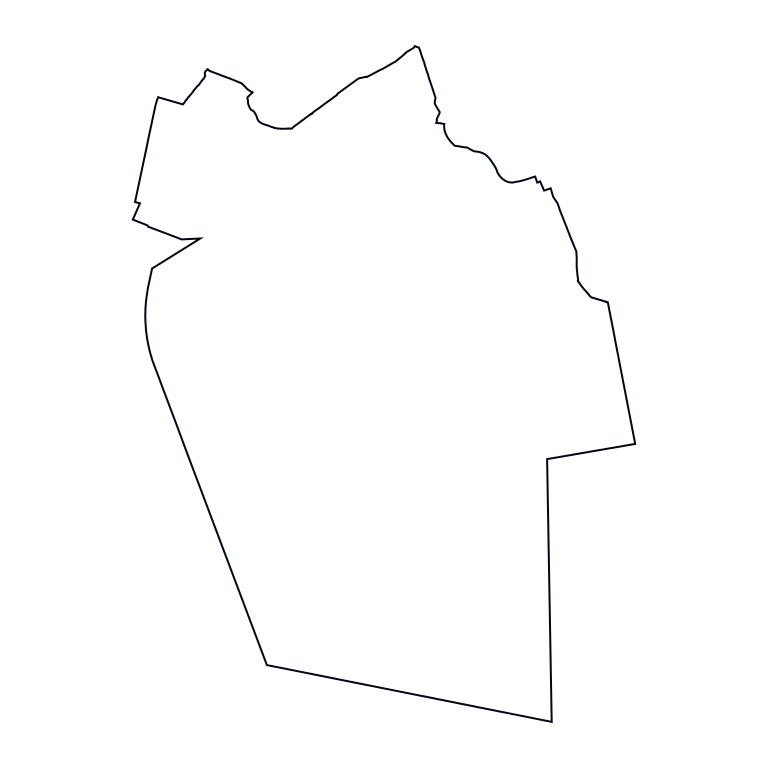 outline of Westvoorne, Zuid-Holland, Netherlands, rotated 270°
{"feature_id": "6326949B61212698350093", "entity_name": "Westvoorne", "entity_type": "district", "adm_level": 2, "iso_a3": "NLD", "parent_name": "Netherlands", "parent_adm1": "Zuid-Holland", "projection": "orthographic", "projection_center": [4.123, 51.889], "detail": "fine", "context": "isolated", "style": "outline", "palette": "ink", "viewbox_px": 768, "rotation_deg": 270, "n_neighbors": 0, "source": "geoboundaries", "source_scale": "gbopen_adm2", "svg_char_len": 5984}
<svg xmlns="http://www.w3.org/2000/svg" viewBox="0 0 768 768"><g transform="rotate(270 384 384)"><path d="M670.8,158.1L666.2,156.5L664.3,156.0L662.6,155.5L661.3,155.2L627.1,147.9L621.5,146.8L565.9,135.0L564.7,140.0L548.4,132.8L542.6,147.5L541.4,148.0L531.6,173.8L528.9,180.8L528.6,181.6L529.5,200.2L527.1,196.4L499.5,152.1L482.2,148.4L479.1,147.8L476.1,147.3L472.8,146.8L468.1,146.2L466.4,146.0L460.3,145.5L453.8,145.3L450.8,145.3L446.9,145.4L444.2,145.6L442.5,145.7L440.9,145.8L439.2,145.9L436.3,146.2L432.6,146.7L429.0,147.2L425.4,147.9L422.5,148.4L419.6,149.1L416.7,149.8L413.9,150.5L411.1,151.4L408.2,152.2L405.5,153.2L402.7,154.2L394.9,157.2L381.1,162.3L342.1,177.0L326.2,182.9L317.8,186.0L315.1,187.0L283.0,199.1L187.1,235.2L102.9,266.9L88.7,338.2L46.1,551.7L308.9,547.1L324.1,635.2L428.0,615.1L434.0,614.0L465.8,607.8L466.3,606.1L466.1,606.1L466.3,605.6L466.4,605.1L466.6,604.6L466.9,603.9L468.1,599.9L470.0,593.6L470.2,592.9L470.6,591.6L470.7,591.3L470.7,591.2L470.9,590.9L471.3,590.5L474.2,588.1L474.7,587.7L477.1,585.6L479.4,583.5L479.8,583.2L482.0,581.4L483.4,580.4L485.0,579.5L485.4,579.2L485.5,579.1L485.4,579.0L486.7,578.0L487.0,577.8L487.6,578.2L488.1,578.2L493.1,577.4L495.7,577.2L498.4,576.9L500.8,576.7L501.5,576.7L502.5,576.7L504.5,576.7L507.8,576.7L508.2,576.8L508.7,576.7L510.2,576.7L514.7,576.4L516.4,576.4L517.1,576.1L524.5,573.0L525.8,572.5L529.0,571.2L532.0,570.0L535.3,568.7L536.2,568.4L537.7,567.8L538.9,567.3L541.6,566.3L542.7,565.8L545.8,564.6L546.6,564.3L550.4,562.8L552.0,562.2L557.1,560.1L557.5,559.9L559.2,559.5L564.6,557.6L571.1,553.2L579.7,550.7L579.6,550.4L578.9,548.5L577.8,545.2L577.6,544.6L577.4,544.1L584.8,540.9L586.6,540.1L586.3,539.5L585.4,537.3L589.3,535.9L591.3,535.3L591.5,535.2L590.5,532.0L589.7,529.7L589.4,528.9L588.9,527.3L587.3,521.9L587.2,521.1L586.8,520.0L586.3,516.9L586.1,515.6L585.9,514.7L585.5,513.0L585.5,512.1L585.5,511.1L585.7,509.4L585.9,508.5L586.2,507.5L586.6,506.6L587.1,505.5L587.6,504.7L588.1,503.9L588.7,503.0L589.5,502.1L590.1,501.4L592.7,499.2L593.7,498.5L594.5,498.0L595.5,497.5L596.2,497.2L597.2,496.9L597.8,496.7L599.2,496.1L600.1,495.7L601.7,494.8L604.1,493.2L605.7,492.1L607.1,491.2L608.2,490.4L609.5,489.4L611.1,488.0L612.0,487.0L612.8,486.2L613.3,485.6L613.7,485.0L614.0,484.4L614.9,482.5L615.4,481.3L615.7,480.2L616.0,479.3L616.2,478.3L616.3,477.1L616.5,475.5L616.8,474.3L617.1,473.3L617.6,472.1L617.9,471.8L618.8,470.0L620.4,467.3L620.6,466.9L620.6,466.6L620.7,465.5L620.7,464.4L620.8,463.5L621.1,462.1L621.4,460.3L621.7,458.9L621.8,458.0L622.1,455.5L622.2,454.9L622.5,454.4L623.2,453.7L625.2,451.8L625.5,451.5L626.8,450.4L628.6,448.9L629.3,448.4L630.4,447.7L631.0,447.3L633.3,446.1L634.7,445.5L636.1,445.0L637.5,444.6L638.6,444.4L639.4,444.3L641.0,444.2L642.1,444.1L644.0,444.3L644.0,443.9L644.2,442.9L644.7,440.9L644.8,439.6L644.8,439.1L645.1,436.2L645.8,436.5L646.8,436.8L647.4,436.9L647.7,436.9L648.1,436.8L648.7,436.8L649.8,437.1L650.8,437.6L653.3,438.8L654.3,439.3L655.0,439.5L655.4,439.7L655.8,439.7L656.1,439.6L656.5,439.4L658.0,438.4L663.8,435.0L664.3,434.8L664.7,434.7L665.1,434.7L666.0,434.8L669.5,435.4L670.0,435.5L670.6,435.4L671.1,435.2L676.7,433.4L681.9,431.7L682.8,431.4L683.2,431.2L687.2,429.9L687.7,429.7L688.4,429.4L689.5,429.1L693.0,428.1L693.6,428.0L694.5,427.6L696.4,426.9L699.3,426.0L701.7,425.2L703.6,424.6L704.0,424.5L704.4,424.5L704.7,424.4L705.2,424.3L706.5,423.8L708.1,423.2L710.8,422.2L712.3,421.7L714.1,421.1L718.3,419.8L720.5,418.8L720.8,417.3L721.1,416.7L721.9,414.9L720.3,413.9L716.6,407.8L716.5,407.3L711.2,401.4L706.1,395.1L705.6,393.9L698.7,381.9L698.7,381.5L693.5,371.6L690.9,366.6L691.2,366.2L689.7,359.0L689.0,357.8L687.5,355.7L684.8,352.0L683.3,349.9L681.4,347.3L680.3,345.9L679.0,344.0L677.3,341.7L674.1,337.3L673.2,337.2L669.0,331.4L668.4,330.6L667.1,328.8L663.2,323.4L660.0,319.2L658.2,316.6L657.9,316.1L657.4,315.4L657.2,315.1L656.1,313.7L655.5,313.0L655.2,312.6L655.0,312.3L654.9,312.3L654.7,312.3L654.7,312.2L654.4,312.0L653.9,311.4L653.7,311.1L654.0,310.7L653.6,310.3L653.3,309.9L652.0,308.2L651.8,308.0L651.1,307.0L650.0,305.4L648.5,303.6L648.3,303.2L645.8,299.8L644.4,298.0L640.8,293.1L639.4,291.9L639.5,291.4L639.5,291.0L639.5,290.5L639.5,289.1L639.3,289.2L639.3,287.4L639.3,284.6L639.2,283.5L639.2,281.6L639.3,280.6L639.5,278.3L639.6,277.0L639.8,275.8L640.1,274.6L640.1,274.2L640.3,273.9L640.5,273.7L641.0,271.9L641.0,271.7L641.1,271.3L641.3,270.8L641.5,270.3L642.4,268.4L643.5,264.5L643.7,264.0L643.9,263.3L644.4,262.4L644.9,261.4L645.4,260.5L645.7,260.0L646.0,259.6L646.5,259.1L647.3,258.4L648.0,257.9L648.4,257.7L648.8,257.5L650.7,256.9L651.3,256.7L652.1,256.4L653.6,255.7L654.4,255.2L655.3,254.7L655.7,254.4L656.2,254.0L656.5,253.8L656.9,253.4L657.1,253.1L657.3,252.8L658.1,251.3L658.2,251.0L658.4,250.8L658.7,250.6L659.0,250.4L659.3,250.2L659.6,250.0L662.2,248.9L662.8,248.6L663.5,248.4L664.1,248.2L664.6,248.1L665.1,248.1L667.4,247.9L668.1,247.8L668.7,247.7L669.8,247.4L670.0,247.3L670.3,247.4L670.7,247.6L673.1,249.9L674.9,251.9L675.0,251.9L675.1,252.0L675.6,252.6L675.9,252.4L675.8,252.2L675.8,251.9L676.0,251.6L677.1,249.9L678.1,248.4L678.9,247.4L679.3,246.8L679.7,246.5L680.7,245.6L681.6,244.8L684.3,241.8L684.5,241.9L684.7,241.5L687.0,235.9L689.2,230.6L691.3,224.8L692.8,220.8L693.4,219.4L696.5,211.1L696.9,210.1L697.2,209.4L697.4,209.2L697.5,209.1L697.9,208.6L698.1,208.5L698.6,207.9L698.8,207.5L698.8,207.4L698.1,207.3L697.5,206.5L697.0,205.6L696.2,205.2L695.3,204.9L694.6,204.8L693.8,204.9L692.7,205.0L692.0,204.9L691.9,205.0L691.8,204.9L691.1,204.7L690.3,204.3L689.2,203.5L688.8,203.1L688.1,202.6L687.7,202.2L686.4,201.2L684.6,199.9L684.4,199.8L683.1,198.9L682.2,197.7L680.8,196.5L680.2,196.0L679.5,195.4L679.2,195.1L679.0,194.9L677.9,194.1L677.2,193.6L673.7,191.0L673.1,190.4L671.6,189.1L670.0,187.7L669.8,187.5L669.2,187.3L668.6,186.8L668.3,186.4L667.4,185.6L667.2,185.5L666.9,185.4L666.6,185.2L665.7,184.7L665.4,184.4L664.7,183.7L664.4,183.6L663.6,182.9L664.8,178.7L670.8,158.1Z" fill="none" stroke="#020617" stroke-width="2"/></g></svg>